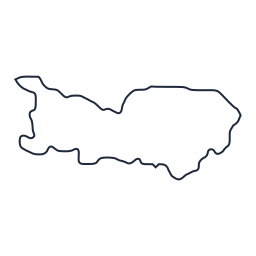 the district of Arenoso, Duarte, Dominican Republic
{"feature_id": "3306468B79017025460716", "entity_name": "Arenoso", "entity_type": "district", "adm_level": 2, "iso_a3": "DOM", "parent_name": "Dominican Republic", "parent_adm1": "Duarte", "projection": "orthographic", "projection_center": [-69.786, 19.183], "detail": "fine", "context": "isolated", "style": "outline", "palette": "slate", "viewbox_px": 256, "rotation_deg": 0, "n_neighbors": 0, "source": "geoboundaries", "source_scale": "gbopen_adm2", "svg_char_len": 3791}
<svg xmlns="http://www.w3.org/2000/svg" viewBox="0 0 256 256"><path d="M15.4,79.4L17.4,82.7L18.3,83.9L19.9,85.7L21.6,87.2L23.5,88.5L26.1,89.7L29.1,91.2L30.3,91.6L32.8,92.3L34.0,92.8L34.5,93.2L34.9,93.8L35.2,94.4L35.5,95.1L35.7,96.6L35.8,99.9L35.7,104.9L35.5,107.2L35.1,108.6L34.8,109.2L34.4,109.8L33.9,110.1L31.4,111.1L30.5,111.8L29.9,112.8L29.6,114.1L29.7,115.4L29.9,116.8L31.6,120.4L32.0,121.9L32.4,124.3L32.8,129.9L33.3,132.1L34.2,134.2L34.3,135.4L34.2,136.0L33.9,136.5L33.1,137.4L32.0,138.0L31.4,138.1L30.7,138.2L29.4,137.9L26.1,136.2L24.8,135.8L23.5,135.6L22.8,135.7L21.6,136.0L21.0,136.4L20.5,137.0L20.2,137.6L19.8,139.0L19.7,141.3L19.8,143.6L20.1,145.1L20.6,146.4L21.0,147.0L21.4,147.5L22.5,148.3L26.4,150.6L29.0,151.7L32.7,153.5L35.0,154.1L36.6,154.3L39.0,154.4L41.4,154.3L43.0,154.0L43.7,153.8L45.0,153.1L46.0,152.3L46.9,151.3L48.3,148.5L49.0,147.5L49.9,146.8L51.0,146.5L51.7,146.6L52.8,147.1L56.1,149.6L57.3,150.4L58.9,150.9L61.4,151.2L65.7,151.3L68.2,151.2L69.9,151.0L72.2,150.4L74.8,149.1L76.0,148.9L76.6,148.9L77.2,149.1L77.8,149.4L78.2,150.0L78.7,151.3L78.8,153.5L78.6,159.2L78.7,160.7L78.9,161.4L79.2,162.1L79.6,162.7L80.2,163.2L80.8,163.5L82.3,163.9L84.6,164.0L89.5,164.0L92.0,163.9L94.3,163.6L95.6,163.1L96.2,162.8L96.7,162.3L98.5,160.0L99.4,159.1L100.6,158.4L101.3,158.1L102.9,157.8L104.5,157.6L107.0,157.5L111.3,157.7L113.0,157.9L114.6,158.2L116.0,158.7L119.0,160.2L120.4,160.6L123.9,161.5L127.5,163.1L128.8,163.4L130.2,163.3L131.5,162.8L132.7,162.0L136.0,159.4L137.1,158.9L138.3,158.8L138.9,158.9L139.4,159.2L139.8,159.6L140.0,160.1L141.0,162.5L141.3,162.9L141.8,163.3L142.4,163.6L143.1,163.8L144.6,164.1L149.5,164.2L152.6,164.2L155.7,167.3L158.8,164.2L161.7,164.3L163.2,164.5L164.6,164.9L165.8,165.6L166.7,166.6L167.5,167.7L168.9,170.8L171.1,174.9L171.8,175.9L172.8,176.7L176.1,178.7L177.3,179.2L178.8,179.4L180.2,179.1L181.5,178.5L182.7,177.6L185.5,175.2L186.8,174.4L189.4,173.2L192.4,171.6L193.6,171.2L196.2,170.6L197.3,170.0L197.8,169.6L198.2,169.1L198.6,167.9L198.8,166.6L198.8,164.5L199.3,162.4L199.6,161.8L200.3,160.7L201.7,159.2L203.6,157.9L204.7,157.4L205.2,157.1L206.5,155.8L207.2,154.7L207.4,154.1L208.2,151.1L208.5,150.6L208.9,150.1L209.4,149.7L210.0,149.5L211.2,149.3L212.4,149.5L213.0,149.7L213.5,150.1L213.9,150.5L215.0,152.3L215.8,153.2L216.8,153.7L217.4,153.9L218.5,153.8L219.6,153.4L221.2,152.5L222.2,151.9L222.7,151.5L223.1,151.0L224.5,149.0L225.4,148.0L226.3,147.2L228.2,145.7L228.6,145.2L229.2,144.0L229.5,142.6L229.7,140.3L229.7,133.9L229.8,132.4L230.2,130.8L231.1,129.0L233.1,125.7L234.0,124.9L235.6,123.9L236.5,123.1L237.8,121.6L238.5,120.4L240.6,115.3L239.6,113.1L237.1,108.8L236.0,108.3L234.8,107.6L232.5,105.6L229.2,102.4L221.7,94.6L219.5,92.5L217.7,91.2L216.3,90.7L214.9,90.4L212.6,90.2L198.2,90.2L193.1,90.0L191.4,89.8L189.8,89.4L186.9,88.1L185.3,87.5L183.7,87.2L181.9,87.0L177.4,86.9L158.5,86.8L155.0,86.7L151.0,86.5L147.4,88.6L146.2,89.2L145.5,89.4L143.3,89.7L138.0,89.8L135.8,90.0L134.4,90.4L133.7,90.7L131.8,92.0L129.6,94.0L127.5,96.2L126.1,98.0L125.4,99.2L124.2,101.9L123.0,104.3L122.5,105.5L122.2,106.9L121.7,109.7L121.3,111.0L121.0,111.6L120.2,112.5L119.7,112.9L119.2,113.1L118.5,113.2L117.9,113.2L116.8,112.8L115.3,112.0L112.8,110.8L110.5,109.5L109.3,109.0L108.6,108.9L107.2,108.9L106.1,109.1L103.9,109.8L103.4,109.9L102.8,109.8L102.2,109.5L101.6,109.2L100.5,108.4L96.2,104.3L94.4,102.9L93.2,102.2L90.6,101.0L87.7,99.3L85.1,98.1L82.1,96.5L80.8,96.0L79.3,95.7L77.8,95.6L74.0,95.6L71.8,95.8L70.4,96.1L67.5,97.1L67.0,97.3L66.4,97.3L65.8,97.2L65.2,96.9L64.6,96.6L63.5,95.8L59.3,91.7L57.5,90.3L56.8,90.0L55.4,89.6L53.9,89.4L50.3,89.1L48.8,88.8L47.5,88.3L46.3,87.5L44.7,86.1L43.8,85.1L42.9,84.0L42.2,82.8L40.7,79.6L39.9,78.4L38.6,76.8L26.9,76.6L22.7,76.8L21.1,77.1L19.7,77.5L15.4,79.4Z" fill="none" stroke="#1e293b" stroke-width="2"/></svg>